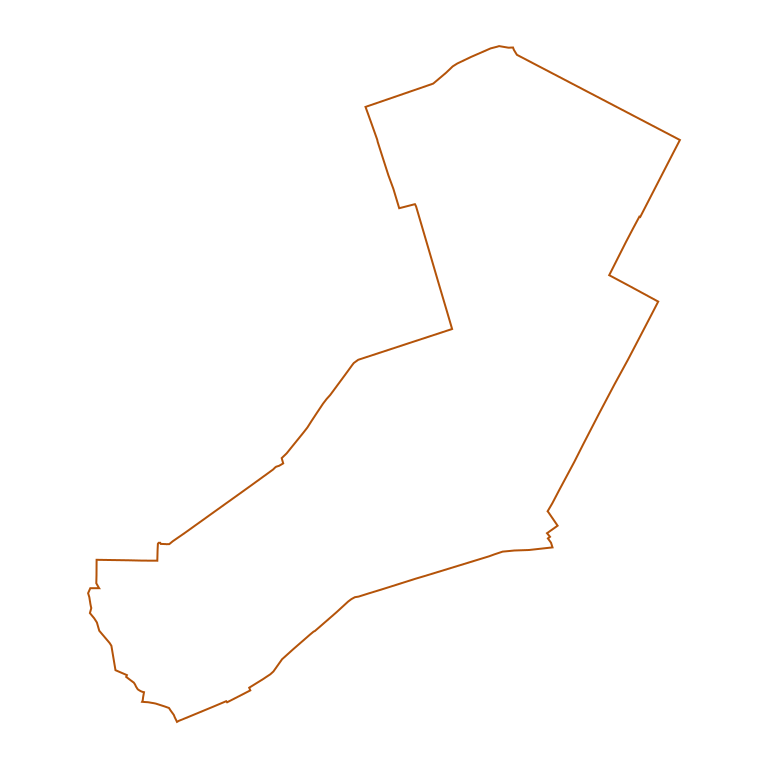 the district of Segarcea-Vale, Teleorman, Romania
{"feature_id": "2599482B59807133225693", "entity_name": "Segarcea-Vale", "entity_type": "district", "adm_level": 2, "iso_a3": "ROU", "parent_name": "Romania", "parent_adm1": "Teleorman", "projection": "albers", "projection_center": [24.796, 43.848], "detail": "fine", "context": "isolated", "style": "outline", "palette": "amber", "viewbox_px": 768, "rotation_deg": 0, "n_neighbors": 0, "source": "geoboundaries", "source_scale": "gbopen_adm2", "svg_char_len": 2386}
<svg xmlns="http://www.w3.org/2000/svg" viewBox="0 0 768 768"><path d="M213.4,706.6L219.8,703.9L226.2,701.2L227.1,702.3L250.3,690.4L249.2,687.7L263.4,678.9L265.9,677.2L270.3,674.3L273.4,671.5L282.1,659.2L293.0,649.4L310.1,634.5L313.6,631.6L314.9,631.0L336.2,612.5L348.2,601.5L351.4,599.1L354.9,597.2L358.6,596.6L368.7,593.4L383.7,588.8L415.6,578.7L420.0,577.4L424.4,576.1L489.1,556.3L494.3,554.4L502.7,551.6L504.0,551.5L510.4,550.9L514.4,550.5L529.0,550.0L552.5,547.4L551.0,542.7L547.9,538.4L550.0,536.8L547.0,533.2L557.6,525.7L548.3,512.1L547.6,511.3L552.3,503.3L559.1,490.3L574.3,461.9L583.2,444.3L599.1,413.5L614.3,384.7L627.9,359.8L636.9,342.6L651.8,314.0L658.2,301.6L627.4,284.9L621.4,281.7L609.2,275.2L625.9,242.1L632.6,229.3L639.4,216.6L640.2,217.0L640.3,216.8L673.3,152.7L679.9,140.0L516.9,54.8L513.9,49.9L513.0,47.5L508.5,47.7L499.1,46.1L497.2,46.7L490.6,48.4L470.9,57.0L457.3,63.5L452.7,66.4L446.0,72.8L433.2,83.6L410.6,91.4L365.5,106.9L368.7,115.7L371.8,124.4L377.2,139.6L377.7,141.9L382.4,156.6L388.4,175.3L393.4,188.9L399.2,208.2L401.6,207.6L404.0,207.0L414.8,204.2L415.0,204.2L416.1,206.5L424.7,235.8L429.9,253.5L437.8,280.5L439.3,285.6L447.3,312.6L452.1,329.0L358.2,359.8L353.8,363.0L352.1,365.2L345.7,374.0L330.2,395.0L326.6,399.0L323.0,403.7L316.6,413.3L311.4,421.2L307.4,427.5L303.5,432.5L290.7,448.3L286.7,453.3L281.7,458.1L283.2,463.4L279.1,465.8L276.2,466.7L275.1,467.5L273.1,469.5L248.4,487.4L225.9,503.5L209.0,515.6L184.7,533.0L172.7,541.3L169.3,544.1L166.3,544.2L165.9,544.1L160.7,543.9L160.2,542.8L158.7,542.8L157.9,543.8L157.6,549.6L157.3,560.7L142.0,560.6L129.2,560.3L122.7,560.2L109.0,560.0L96.6,559.8L96.5,575.2L96.3,583.3L98.8,587.7L98.9,587.9L99.1,588.2L90.3,588.2L88.1,593.2L89.3,597.1L90.0,601.5L90.1,601.8L90.1,602.1L90.4,604.0L91.0,607.0L91.3,608.0L89.9,613.1L94.2,618.3L96.9,622.5L99.1,630.2L99.3,630.8L109.7,643.1L111.4,645.8L115.4,669.7L115.5,670.2L126.9,675.1L126.2,676.9L132.9,682.0L133.6,682.4L134.2,683.2L134.8,684.1L135.4,685.2L136.0,686.6L136.8,687.8L137.3,688.7L138.0,689.5L139.4,690.4L141.0,691.3L142.6,691.9L144.0,692.2L143.1,697.3L142.7,700.5L142.1,701.8L144.4,702.0L147.8,702.2L149.2,702.4L151.4,702.8L153.9,703.2L155.8,703.6L158.9,704.6L164.5,706.4L169.0,708.0L170.6,710.5L173.0,713.8L173.8,714.9L174.8,717.4L176.2,720.2L177.0,721.9L177.9,721.4L178.7,720.9L188.3,717.0L213.4,706.6Z" fill="none" stroke="#b45309" stroke-width="2"/></svg>